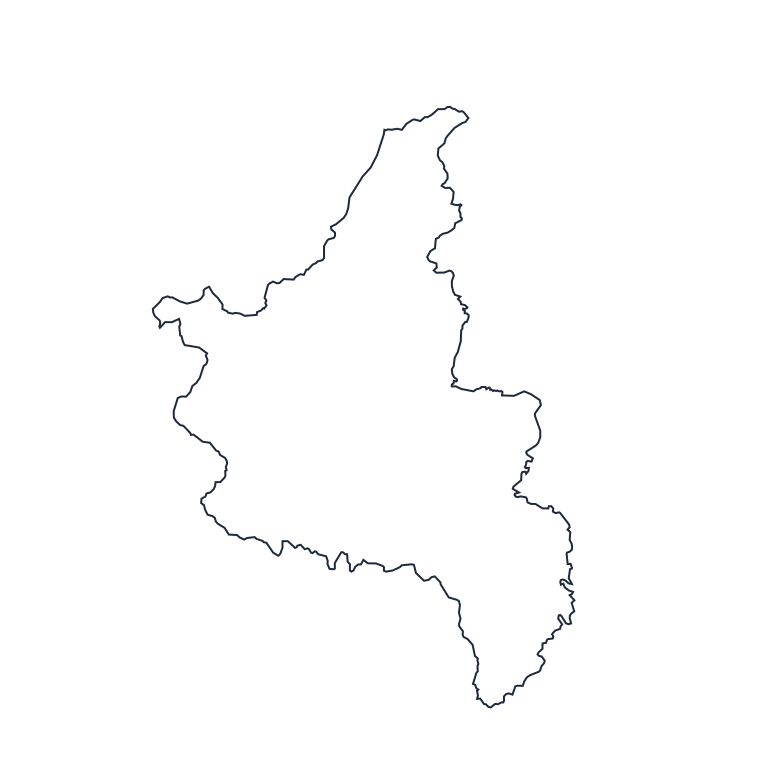 Maubisse, Ainaro, East Timor, rotated 105°
{"feature_id": "22284137B40449592168850", "entity_name": "Maubisse", "entity_type": "district", "adm_level": 2, "iso_a3": "TLS", "parent_name": "East Timor", "parent_adm1": "Ainaro", "projection": "albers", "projection_center": [125.632, -8.847], "detail": "fine", "context": "isolated", "style": "outline", "palette": "slate", "viewbox_px": 768, "rotation_deg": 105, "n_neighbors": 0, "source": "geoboundaries", "source_scale": "gbopen_adm2", "svg_char_len": 6165}
<svg xmlns="http://www.w3.org/2000/svg" viewBox="0 0 768 768"><g transform="rotate(105 384 384)"><path d="M100.0,387.0L100.3,389.2L99.2,391.7L100.1,394.4L102.9,396.8L104.5,402.9L111.6,407.6L114.9,410.9L115.7,413.7L120.6,416.9L120.6,423.3L121.4,424.7L126.8,429.6L133.9,432.6L134.0,437.1L136.5,442.7L137.0,446.0L138.6,448.2L138.4,449.4L142.9,448.8L164.7,449.9L178.4,452.9L189.0,458.3L212.7,465.6L223.6,464.1L229.7,464.5L233.9,465.9L242.1,471.7L245.8,475.9L248.2,475.0L250.4,470.6L253.5,469.6L255.9,470.3L258.6,475.0L260.1,476.0L266.4,477.6L277.9,474.5L280.3,475.5L283.0,480.1L284.8,480.9L287.1,483.8L293.1,486.9L293.5,488.6L299.3,489.6L299.6,493.1L300.7,494.6L303.8,497.3L306.5,498.2L308.6,508.1L313.4,511.0L314.4,513.2L313.8,517.7L316.6,520.7L318.5,521.7L331.6,521.7L333.7,519.3L336.6,519.6L338.4,517.8L342.2,519.3L342.0,520.3L344.9,521.9L347.4,525.2L350.2,524.9L354.2,536.1L353.2,541.3L353.8,546.1L355.2,548.4L355.5,553.0L354.4,554.2L353.4,559.5L349.0,560.5L343.8,566.9L340.5,572.9L335.3,578.1L338.4,581.6L340.4,582.4L344.8,581.3L349.1,583.0L351.7,585.3L357.3,594.9L357.1,602.2L355.1,610.9L355.8,612.9L355.3,615.6L358.3,620.1L363.0,621.8L371.3,626.7L374.8,625.3L377.8,622.8L380.7,617.1L382.7,616.0L386.8,615.8L387.7,615.0L380.9,611.5L379.2,604.9L374.1,598.8L378.9,596.1L381.4,596.7L389.9,593.4L390.1,592.0L395.4,589.0L398.0,586.6L396.6,572.1L400.2,562.8L402.7,563.5L406.4,560.7L409.1,560.6L410.8,560.9L413.3,562.9L425.7,563.5L431.5,565.5L435.6,568.6L441.8,569.0L447.5,571.9L448.4,576.3L450.9,579.6L464.7,580.1L470.8,578.3L474.0,574.9L476.4,570.3L476.3,566.9L481.5,558.4L483.1,557.4L482.2,554.8L486.7,544.1L485.8,537.0L491.8,528.9L492.1,526.2L495.0,523.9L496.5,518.4L499.2,515.8L501.6,515.0L505.1,515.3L508.1,513.7L509.1,514.9L513.3,513.5L515.5,513.7L521.1,516.7L522.4,521.3L526.1,520.7L529.7,521.3L533.7,523.7L535.6,527.1L539.0,527.4L541.9,530.6L546.4,529.8L547.7,526.4L551.3,524.6L555.9,520.6L556.0,515.5L557.0,512.9L560.5,510.7L562.0,508.3L564.2,500.8L569.6,494.9L567.9,486.8L569.6,483.7L570.4,478.7L568.2,476.5L565.4,469.3L566.6,467.1L567.0,460.6L568.0,459.4L567.7,456.6L575.6,447.4L577.3,441.6L574.7,440.2L568.4,439.7L562.1,441.3L560.7,436.3L565.3,427.5L564.4,426.2L562.6,425.8L560.9,422.9L564.1,417.8L562.6,415.5L562.8,413.9L565.8,410.8L565.9,409.4L563.6,407.6L563.4,406.4L565.5,403.4L565.4,395.3L569.4,392.6L572.5,392.0L576.7,388.7L575.9,384.5L575.0,383.7L569.7,385.2L557.5,381.7L557.2,379.7L558.5,377.8L558.0,375.6L565.1,373.1L566.8,370.3L572.9,368.7L573.7,367.0L572.0,365.2L568.1,364.5L565.0,362.2L564.3,359.6L559.2,358.4L561.4,353.2L559.4,345.4L560.1,338.1L560.9,336.6L564.4,335.8L564.7,333.4L561.9,327.3L556.7,321.2L554.5,319.9L551.1,310.9L550.9,308.3L558.3,304.2L563.7,294.4L561.6,290.1L558.3,288.1L556.7,285.2L561.0,278.2L562.9,277.4L573.4,266.2L573.6,257.7L574.4,255.4L578.0,253.4L585.6,252.4L590.7,249.4L596.5,249.4L598.7,248.5L602.4,243.8L605.9,243.1L607.7,241.6L608.8,237.1L613.0,230.9L623.1,225.8L624.9,222.3L626.7,222.3L630.0,220.4L632.2,220.7L637.3,219.1L639.2,220.0L650.7,220.4L651.0,218.0L653.9,216.1L654.8,213.8L656.1,214.8L660.6,212.6L664.0,212.6L663.0,209.6L667.2,204.6L667.0,202.7L668.8,199.7L668.8,197.2L664.2,193.8L663.8,191.0L661.1,188.1L660.7,186.3L658.7,186.1L654.7,187.3L651.8,185.7L650.5,183.2L650.8,179.5L642.1,178.9L640.9,177.1L639.7,171.9L634.8,171.5L630.2,170.0L627.5,167.6L621.8,159.9L620.2,159.0L615.7,158.8L612.1,157.1L609.8,157.1L606.4,161.1L606.5,164.1L605.4,165.7L603.3,165.3L598.8,162.4L593.6,163.7L591.9,160.4L589.6,160.5L588.0,159.7L586.2,155.2L584.1,155.1L582.2,156.9L580.4,156.2L578.0,154.9L574.9,150.5L572.6,150.7L570.0,149.7L565.6,155.0L562.4,155.3L561.5,154.1L562.4,152.3L568.0,146.4L568.3,143.8L566.9,141.3L562.2,144.0L559.7,144.5L557.4,143.8L554.3,141.4L546.9,146.1L543.6,144.1L539.9,150.0L538.0,148.0L535.9,147.6L535.6,152.0L533.6,156.9L530.5,159.0L532.1,161.2L529.5,162.5L527.7,162.5L526.6,160.9L526.9,157.7L528.8,154.1L528.6,150.7L523.8,155.3L514.7,156.4L513.8,154.8L512.9,154.9L509.4,157.2L510.4,160.0L500.9,163.6L499.5,163.6L497.8,161.1L495.3,159.6L492.7,160.1L489.9,161.3L486.6,164.3L478.9,165.7L477.2,169.0L474.3,167.6L471.9,168.8L463.0,180.4L462.6,181.4L464.3,185.0L463.5,187.9L460.5,188.2L458.7,190.9L459.5,193.2L461.7,193.1L463.1,198.7L460.7,206.5L461.8,211.2L461.2,214.7L457.6,216.5L456.7,217.8L457.2,222.9L458.8,226.0L458.5,227.8L457.4,229.1L456.1,229.1L453.9,225.5L451.9,232.5L449.7,232.4L441.4,226.6L435.1,228.0L433.3,227.6L432.2,225.3L432.5,224.1L433.9,223.4L430.4,221.9L427.5,222.4L428.6,225.3L427.8,226.5L425.7,225.9L422.3,226.3L421.1,225.3L420.8,221.4L417.2,221.0L415.4,227.0L413.7,228.8L412.3,228.9L404.0,221.3L400.9,219.8L395.0,219.3L388.6,221.0L375.5,230.1L373.2,230.5L363.8,227.0L359.2,229.4L355.9,239.2L354.8,246.6L361.8,255.4L364.5,267.1L361.1,267.5L360.5,268.8L361.3,270.8L360.9,272.8L361.8,273.8L361.6,276.1L362.6,277.0L361.5,278.9L362.1,279.9L360.2,280.9L360.2,281.7L362.6,283.8L360.7,285.1L361.6,289.1L363.1,289.7L365.3,293.5L367.9,295.6L368.8,307.8L367.7,314.0L368.8,317.9L367.0,318.3L365.4,317.0L362.9,317.3L362.9,315.1L362.0,314.3L360.4,315.1L359.3,318.2L356.2,320.8L352.1,322.3L348.8,321.3L340.4,322.5L334.1,321.0L323.0,320.9L312.2,323.3L310.4,322.6L307.2,323.3L303.1,321.6L302.6,320.1L297.9,319.5L295.6,320.0L294.5,322.0L294.7,324.4L292.7,324.7L291.7,327.0L290.6,327.0L290.9,325.9L289.5,323.6L288.3,323.3L286.8,326.4L287.0,330.2L284.8,331.2L282.7,334.6L279.8,332.9L279.5,338.5L276.8,341.1L272.0,343.7L267.1,345.1L261.4,344.6L258.8,346.2L257.6,348.2L257.5,350.1L260.7,354.5L263.0,362.3L261.4,365.4L257.9,363.2L254.0,364.6L253.6,371.2L252.9,372.8L250.1,375.2L243.5,373.5L239.7,369.9L230.3,371.5L228.5,369.1L226.1,368.3L223.7,366.1L221.3,361.7L218.1,358.6L215.2,356.5L210.3,356.8L205.5,351.5L203.8,351.7L202.8,353.5L199.5,354.2L197.1,356.3L193.6,356.7L191.1,355.6L190.6,356.7L192.0,358.6L192.6,362.0L192.4,365.5L186.9,365.3L180.4,366.5L177.4,371.0L178.8,375.6L177.7,379.6L175.7,379.0L174.5,377.5L169.0,375.7L164.3,377.2L160.5,381.8L157.9,382.2L154.7,384.9L153.4,387.9L149.4,391.2L142.4,392.4L136.0,388.0L130.7,387.9L127.5,386.7L118.3,382.1L111.6,375.9L109.8,373.1L105.2,371.3L100.8,377.4L100.3,379.2L101.6,382.1L100.0,387.0Z" fill="none" stroke="#1e293b" stroke-width="2"/></g></svg>